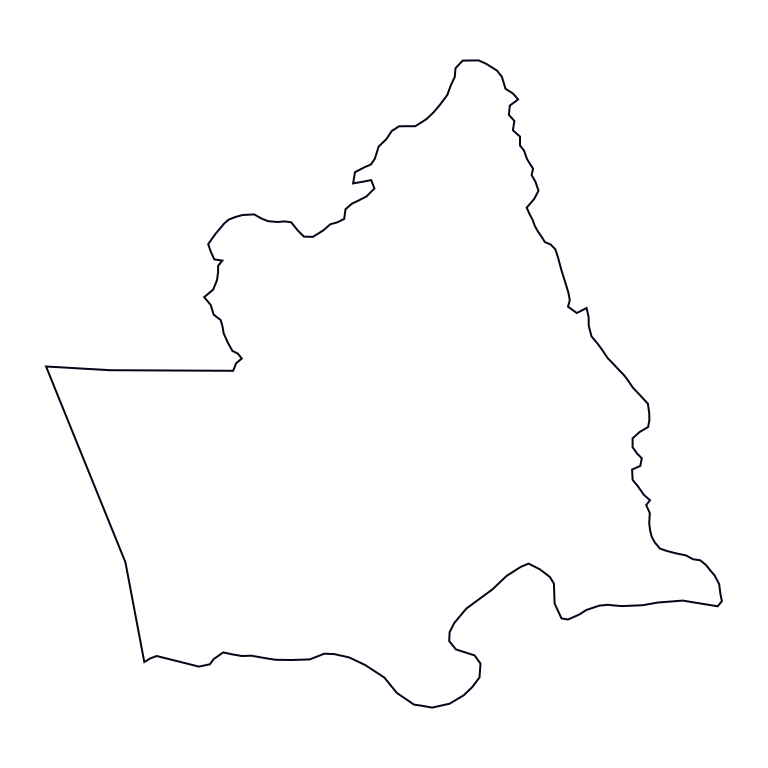 Barra de São Miguel, Paraíba, Brazil
{"feature_id": "56859067B75587111505212", "entity_name": "Barra de São Miguel", "entity_type": "district", "adm_level": 2, "iso_a3": "BRA", "parent_name": "Brazil", "parent_adm1": "Paraíba", "projection": "mercator", "projection_center": [-36.253, -7.679], "detail": "fine", "context": "isolated", "style": "outline", "palette": "ink", "viewbox_px": 768, "rotation_deg": 0, "n_neighbors": 0, "source": "geoboundaries", "source_scale": "gbopen_adm2", "svg_char_len": 2633}
<svg xmlns="http://www.w3.org/2000/svg" viewBox="0 0 768 768"><path d="M714.7,575.6L710.1,570.2L705.9,564.9L700.2,560.3L692.9,559.2L686.0,555.4L675.8,553.3L666.6,550.9L659.9,548.6L654.7,542.3L651.7,536.7L650.2,530.7L649.2,523.4L649.8,513.1L646.2,505.1L650.0,500.2L643.9,494.9L637.6,485.9L632.6,479.8L632.1,469.5L640.3,465.9L641.8,458.3L637.2,453.7L632.6,447.2L632.6,438.3L639.5,432.1L648.1,427.0L649.4,420.0L649.2,412.8L647.9,403.8L640.3,395.5L633.0,387.8L627.5,379.7L623.7,374.8L618.9,369.9L613.6,364.2L607.6,358.0L601.8,349.3L597.2,343.2L591.5,336.4L588.8,326.0L588.6,317.1L586.6,308.0L576.8,313.0L568.0,306.7L569.8,300.1L568.4,292.8L566.5,286.4L563.5,276.8L561.2,269.4L559.6,263.4L557.9,257.2L555.3,249.2L550.6,244.5L544.8,242.0L541.5,236.6L537.8,231.3L534.8,225.9L532.5,219.6L529.3,213.6L526.7,207.6L534.2,199.0L538.5,190.7L535.4,181.7L531.6,175.1L533.1,168.8L527.0,159.1L524.0,150.5L520.0,145.5L520.0,136.6L512.9,130.3L514.4,121.0L508.9,114.9L509.8,105.6L518.1,99.4L512.9,93.5L505.5,88.8L501.9,76.8L496.9,70.5L486.2,63.8L478.6,60.4L462.7,60.6L455.5,68.2L454.8,76.8L450.6,85.8L447.3,95.0L439.3,105.6L433.2,112.7L426.2,119.3L415.3,126.2L407.0,126.2L399.1,126.3L391.8,130.9L386.3,139.2L378.7,146.5L374.8,158.8L370.9,164.5L363.9,167.5L355.0,172.2L353.1,183.4L363.0,181.7L371.2,180.1L374.4,188.5L366.5,196.4L359.6,200.0L351.7,203.8L345.5,209.3L344.2,218.9L337.5,222.3L330.4,224.2L323.4,230.3L312.8,236.9L303.9,236.6L297.6,230.3L291.2,222.3L284.8,221.4L277.6,222.0L268.1,221.2L261.2,218.4L254.2,214.4L242.7,215.0L235.4,217.0L228.5,219.7L224.0,223.7L219.7,228.9L215.6,233.7L211.8,239.0L208.2,244.2L210.5,250.9L214.3,259.4L222.3,260.6L218.1,265.9L218.1,272.1L217.0,280.2L213.1,289.7L204.2,297.1L210.7,305.0L213.7,314.7L220.6,320.0L222.5,326.4L223.6,333.2L227.8,342.6L232.4,350.9L237.8,353.6L241.8,358.5L236.2,363.2L233.1,370.8L110.0,370.2L46.1,366.5L56.0,391.1L125.4,562.2L144.3,662.0L150.5,658.3L156.7,656.0L198.9,666.6L209.8,664.3L213.7,659.1L223.2,652.4L232.4,654.4L241.7,656.0L251.3,655.7L267.3,658.5L275.7,659.8L291.5,660.0L309.8,659.4L324.3,653.7L334.2,654.1L349.1,657.4L365.3,665.1L384.4,677.6L396.8,692.9L414.0,704.6L421.0,705.6L432.1,707.6L449.6,703.7L463.7,695.3L472.3,687.0L479.5,677.4L480.5,663.6L474.6,655.4L455.9,649.4L449.2,641.1L449.6,632.2L454.2,623.1L466.3,608.6L482.2,596.9L492.3,589.5L506.6,575.9L520.7,566.9L528.6,563.6L539.8,569.3L549.9,577.0L553.9,583.6L554.6,603.5L561.5,618.4L568.0,619.5L579.3,614.5L586.5,609.9L599.5,605.6L608.0,604.8L614.5,605.5L622.1,606.1L642.9,605.2L658.0,602.5L682.8,600.6L717.7,606.3L721.9,601.2L720.4,594.0L719.2,584.2L714.7,575.6Z" fill="none" stroke="#020617" stroke-width="2"/></svg>